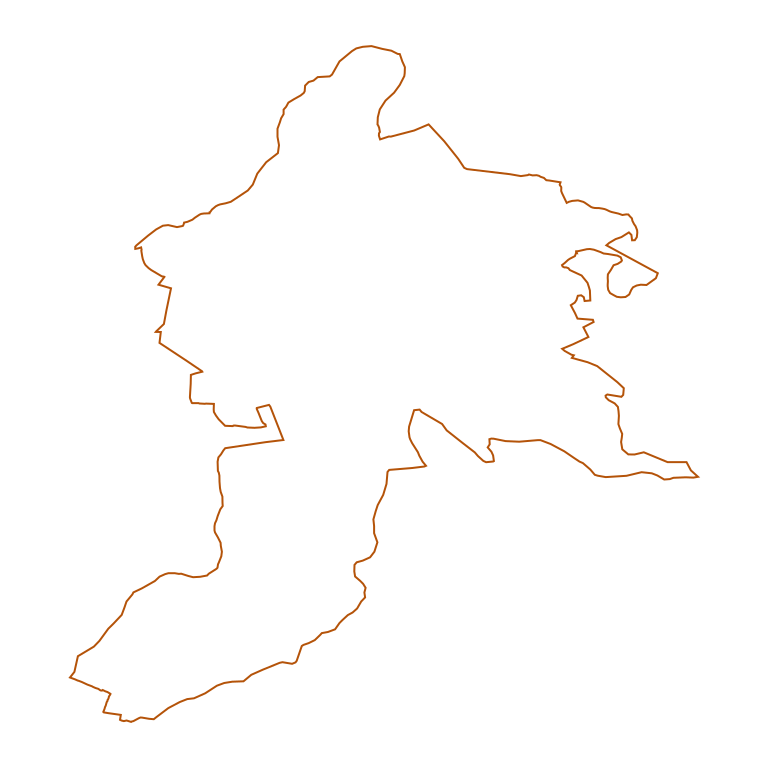 the district of Lipova, Arad, Romania
{"feature_id": "2599482B25282375738521", "entity_name": "Lipova", "entity_type": "district", "adm_level": 2, "iso_a3": "ROU", "parent_name": "Romania", "parent_adm1": "Arad", "projection": "natural_earth1", "projection_center": [21.695, 46.061], "detail": "fine", "context": "isolated", "style": "outline", "palette": "amber", "viewbox_px": 768, "rotation_deg": 0, "n_neighbors": 0, "source": "geoboundaries", "source_scale": "gbopen_adm2", "svg_char_len": 6087}
<svg xmlns="http://www.w3.org/2000/svg" viewBox="0 0 768 768"><path d="M153.8,719.2L156.4,717.1L168.3,708.1L179.6,702.1L187.2,699.1L194.0,698.3L205.2,693.3L216.9,685.7L224.2,683.0L232.3,681.7L243.5,681.3L251.3,674.8L263.0,669.6L279.7,662.8L282.5,662.2L292.1,663.8L295.5,662.4L296.7,660.8L301.8,646.0L303.5,644.9L308.7,643.1L314.8,640.1L320.3,634.8L321.8,633.1L327.9,632.0L335.1,629.3L339.5,623.0L342.6,619.9L347.8,615.1L352.6,612.5L357.1,608.5L361.2,601.5L365.1,597.4L364.4,592.5L365.6,587.8L363.1,583.8L360.1,580.8L355.1,576.5L354.3,571.5L354.5,564.9L356.7,562.3L362.8,560.6L370.1,557.3L374.4,551.7L377.4,542.3L374.1,533.2L374.1,526.1L373.4,519.4L375.7,511.2L377.7,505.1L383.2,494.9L386.5,483.9L387.5,472.0L389.2,469.9L412.2,468.0L424.4,466.5L426.0,465.8L422.6,461.7L419.3,455.7L417.9,452.2L412.1,443.1L410.2,439.3L409.5,437.3L408.7,431.3L409.1,426.6L414.1,410.2L419.6,409.6L421.6,412.0L442.1,424.0L446.7,430.4L462.9,443.2L474.8,452.4L477.9,456.0L483.3,460.9L486.1,462.2L493.2,461.5L493.9,461.1L493.1,455.4L491.4,451.7L487.7,447.4L489.7,444.3L489.4,439.2L491.3,438.6L493.6,438.7L505.6,441.1L519.2,441.7L538.2,440.1L540.4,440.1L550.6,444.0L564.3,451.3L574.4,458.2L579.5,461.6L582.9,463.1L590.3,469.5L594.8,474.8L597.7,475.7L605.7,477.1L626.5,475.8L641.6,472.2L651.8,473.3L657.4,475.5L664.2,479.5L669.8,479.1L673.4,477.8L685.7,477.3L693.4,477.6L698.0,476.8L690.9,470.4L686.5,462.1L667.5,462.1L643.8,452.3L634.5,454.5L628.3,454.4L622.3,449.3L621.1,442.0L621.8,437.6L622.2,433.9L619.8,428.2L618.4,424.1L618.9,415.8L618.5,411.0L617.9,406.9L614.7,403.4L608.7,400.2L605.8,397.3L605.6,395.6L607.3,394.5L621.4,396.8L623.2,394.9L623.8,388.2L617.4,382.2L597.2,366.1L587.6,362.2L571.9,357.9L573.8,355.3L571.4,354.7L564.8,351.0L562.2,348.8L573.2,344.2L588.4,337.0L583.4,327.3L593.6,322.0L592.9,319.8L577.5,318.6L575.0,313.1L570.8,305.2L574.8,302.6L576.5,300.0L577.8,295.8L581.2,295.3L583.8,297.2L584.3,299.6L584.6,301.0L590.3,300.5L589.9,290.5L588.9,287.0L587.5,282.8L581.6,275.5L569.9,270.1L568.4,268.2L566.2,267.4L564.3,267.4L562.6,266.5L562.0,265.1L564.6,263.1L568.1,259.9L569.9,258.7L574.9,256.1L576.1,252.9L576.9,253.1L576.8,252.8L576.1,252.5L576.1,251.3L578.0,251.2L586.8,249.2L589.9,249.0L593.9,249.7L600.6,252.1L603.6,253.5L607.9,254.0L617.4,255.6L620.7,257.3L621.9,260.4L621.3,261.5L617.6,263.9L613.6,265.2L610.9,269.9L607.9,274.3L607.7,277.8L607.9,281.3L607.7,284.5L607.7,286.2L608.2,289.8L610.1,293.1L613.6,295.1L616.8,296.8L620.7,297.3L625.5,297.0L629.2,294.5L631.3,289.8L633.0,287.3L636.7,285.5L640.8,284.7L646.5,285.0L655.9,278.2L657.8,273.2L606.4,245.3L609.2,242.9L615.6,239.1L621.4,237.1L628.9,232.4L631.4,234.9L632.1,240.3L634.8,240.2L636.8,237.2L637.3,232.7L637.1,230.2L635.6,226.3L634.0,224.0L632.4,220.8L631.9,218.4L629.5,215.9L628.4,214.5L626.2,214.4L622.4,215.0L618.5,213.6L611.6,212.0L609.6,211.3L606.5,209.8L604.7,209.1L602.3,208.6L599.1,208.1L594.9,208.0L592.7,207.6L591.1,207.0L584.5,202.5L583.1,201.8L578.0,200.4L572.2,200.9L568.9,201.8L566.7,202.9L562.0,193.1L561.2,191.0L561.3,187.6L561.1,186.8L560.0,185.4L559.7,184.7L560.5,182.3L549.2,180.5L546.3,180.2L543.9,177.9L540.6,176.8L539.0,175.8L536.6,175.2L532.6,175.4L528.9,174.5L527.9,175.1L520.9,176.1L510.0,174.2L467.0,169.1L464.2,167.8L458.2,158.8L444.2,141.2L428.6,124.4L414.2,130.5L390.9,136.6L388.9,136.5L380.1,139.4L378.9,135.7L379.0,133.3L379.9,132.0L379.1,127.6L378.1,125.3L377.5,124.5L377.8,117.3L379.8,109.4L385.5,100.6L394.1,92.7L399.8,84.9L404.3,76.1L404.7,73.2L404.9,67.2L402.3,61.4L399.8,54.1L397.7,53.9L391.4,50.7L382.3,48.9L371.5,46.1L362.8,46.8L356.3,48.4L352.0,51.1L339.5,61.4L332.0,74.6L329.7,76.4L317.7,77.1L313.5,80.6L308.7,82.0L305.1,85.6L304.7,91.2L303.8,92.9L300.6,95.5L294.3,99.0L288.4,102.6L286.1,106.8L283.6,109.6L283.6,114.1L281.1,118.3L279.9,122.2L277.5,128.7L277.5,136.8L279.0,145.2L277.9,153.1L266.2,162.2L257.3,173.6L252.8,184.6L247.8,190.5L230.8,201.8L225.6,203.3L220.1,204.4L217.9,205.2L215.8,206.3L212.0,209.5L210.0,212.3L209.6,212.3L209.5,213.3L203.9,213.5L201.2,213.9L199.6,214.6L194.9,217.7L192.4,219.7L187.5,221.8L184.1,222.6L184.1,223.0L183.1,225.7L182.1,226.1L177.0,227.1L168.2,225.1L162.9,225.7L156.2,229.4L148.1,235.6L136.4,245.4L135.2,246.8L135.3,248.9L138.4,248.3L141.1,247.4L141.6,249.9L141.3,250.6L142.2,256.3L142.8,259.1L144.3,263.1L145.6,265.2L148.6,268.1L151.3,270.1L161.8,276.3L164.1,276.7L164.4,276.9L158.5,284.7L171.0,288.3L166.4,310.5L163.9,324.0L156.1,331.5L155.8,331.9L160.8,332.0L159.5,342.9L186.6,360.8L202.1,371.3L202.3,371.7L195.5,373.4L190.9,374.9L190.7,383.9L189.9,397.3L190.1,398.5L191.8,402.9L192.2,403.1L198.5,403.1L199.4,403.5L204.9,403.8L206.0,403.6L213.9,403.9L213.7,409.4L213.9,412.0L216.0,415.6L218.7,419.3L225.1,425.8L232.8,426.1L233.4,425.6L234.9,425.5L245.5,426.9L247.5,427.5L254.5,427.8L260.8,427.4L265.8,426.3L265.5,424.5L263.2,423.1L261.8,421.1L258.4,412.6L256.7,408.8L256.8,408.0L269.0,404.9L270.3,406.6L283.4,440.0L265.3,442.2L225.2,448.2L223.4,450.4L221.0,454.3L218.4,457.4L217.6,461.7L217.9,470.9L218.8,472.7L219.4,475.6L219.5,481.6L220.0,488.1L220.7,491.9L222.4,496.6L222.5,502.8L222.7,506.0L220.3,509.3L217.7,516.0L216.4,520.3L215.0,523.3L214.5,526.2L214.5,530.4L215.0,532.4L217.9,537.4L220.6,542.8L220.8,545.8L221.9,551.7L221.3,556.3L218.8,562.6L218.0,564.3L217.5,567.7L216.5,568.8L208.8,573.7L207.1,575.5L200.1,576.8L193.1,577.2L188.4,576.0L181.2,573.7L178.9,573.9L174.8,573.2L168.4,573.2L165.2,574.1L159.6,576.6L154.9,581.0L141.8,588.4L133.4,592.4L132.4,594.4L126.5,601.5L124.5,607.4L121.7,614.9L113.5,623.6L108.3,628.7L99.4,640.9L93.9,646.6L77.9,656.2L74.4,671.9L70.0,677.5L74.9,679.3L77.8,680.6L78.4,680.7L81.8,682.0L87.4,684.6L92.0,686.3L93.0,686.9L95.5,688.0L98.4,688.9L99.7,689.9L100.5,690.4L102.0,690.6L102.7,690.0L105.3,691.3L107.4,692.0L110.4,693.8L110.5,693.9L110.3,694.4L108.9,696.6L108.7,697.8L108.1,699.3L107.5,700.1L107.5,700.9L106.7,702.1L105.7,705.7L105.0,707.1L104.5,709.0L103.3,711.9L103.8,712.4L108.7,713.2L120.8,714.9L120.0,719.8L121.7,720.6L123.9,721.1L126.6,720.5L131.1,721.9L131.4,721.6L133.4,721.1L139.0,718.1L140.5,717.5L142.0,717.6L149.1,718.8L153.8,719.2Z" fill="none" stroke="#b45309" stroke-width="2"/></svg>